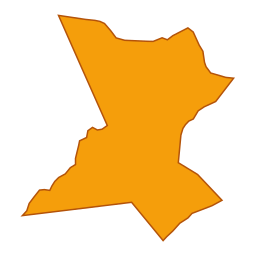 Lastro, Paraíba, Brazil (Mercator projection)
{"feature_id": "56859067B5730433440527", "entity_name": "Lastro", "entity_type": "district", "adm_level": 2, "iso_a3": "BRA", "parent_name": "Brazil", "parent_adm1": "Paraíba", "projection": "mercator", "projection_center": [-38.183, -6.553], "detail": "fine", "context": "isolated", "style": "filled", "palette": "amber", "viewbox_px": 256, "rotation_deg": 0, "n_neighbors": 0, "source": "geoboundaries", "source_scale": "gbopen_adm2", "svg_char_len": 885}
<svg xmlns="http://www.w3.org/2000/svg" viewBox="0 0 256 256"><path d="M58.5,15.4L79.8,63.6L107.3,125.5L102.1,129.2L97.4,130.0L92.5,127.4L87.9,130.7L86.6,137.5L79.6,140.8L78.6,145.7L77.2,151.4L75.5,158.4L75.5,164.5L70.4,167.6L65.3,173.9L58.7,177.5L54.8,181.4L51.9,186.0L49.8,190.4L44.3,189.6L39.5,190.1L34.1,196.9L29.2,203.4L26.8,210.8L22.4,215.6L131.6,202.3L163.1,240.6L166.8,236.6L172.8,231.0L179.8,223.2L188.0,217.9L192.0,213.4L212.0,205.7L222.0,200.3L197.6,174.5L178.3,162.7L180.9,135.1L182.9,128.5L185.4,124.7L188.8,121.1L193.3,119.0L198.2,110.8L204.4,106.7L210.8,103.8L215.7,101.5L233.6,78.2L225.8,77.4L210.7,73.0L206.0,66.7L204.5,62.3L202.9,51.3L199.2,45.2L193.2,32.0L187.9,27.9L172.9,35.6L167.4,39.8L162.1,37.8L153.2,41.4L147.6,41.3L124.7,40.3L116.1,37.9L110.7,30.7L104.5,23.5L99.9,21.4L95.0,20.4L85.4,19.4L58.5,15.4Z" fill="#f59e0b" stroke="#b45309" stroke-width="1.5"/></svg>